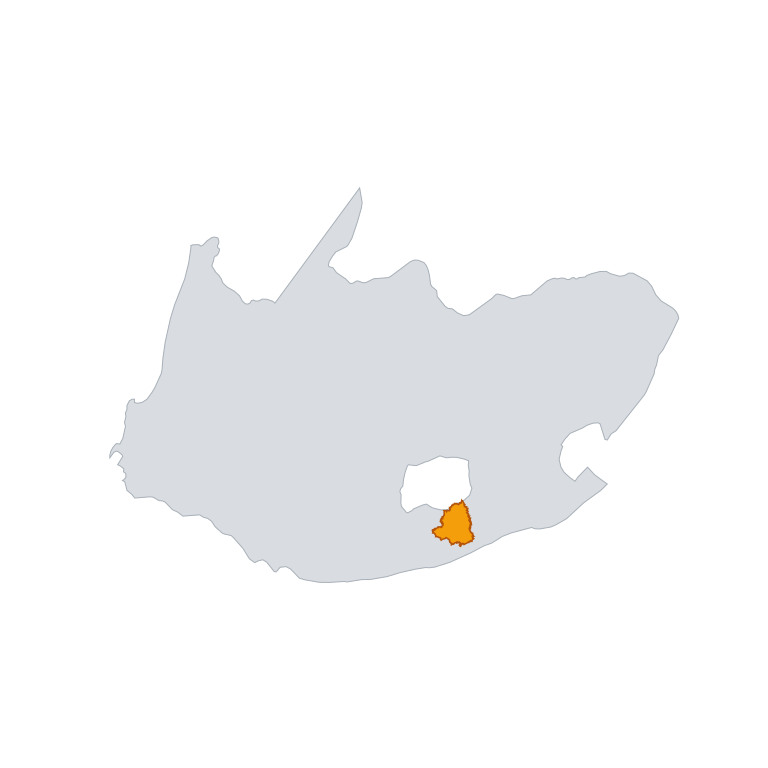 Sisonke, KwaZulu-Natal, South Africa shown in context, rotated 38°
{"feature_id": "47623444B12889843225205", "entity_name": "Sisonke", "entity_type": "district", "adm_level": 2, "iso_a3": "ZAF", "parent_name": "South Africa", "parent_adm1": "KwaZulu-Natal", "projection": "equal_earth", "projection_center": [29.721, -30.084], "detail": "fine", "context": "in_parent", "style": "filled", "palette": "amber", "viewbox_px": 768, "rotation_deg": 38, "n_neighbors": 0, "source": "geoboundaries", "source_scale": "gbopen_adm2", "svg_char_len": 9173}
<svg xmlns="http://www.w3.org/2000/svg" viewBox="0 0 768 768"><g transform="rotate(38 384 384)"><path d="M512.0,143.4L527.8,140.7L534.8,142.2L543.3,146.4L551.3,147.9L564.8,146.4L569.4,147.1L573.1,148.6L575.8,150.8L579.6,167.6L582.8,185.5L582.7,191.3L583.2,193.5L587.0,201.1L588.4,205.9L590.6,209.7L595.4,228.7L595.9,232.1L595.6,278.0L593.7,283.5L594.4,290.7L592.2,291.6L578.9,282.4L576.6,282.8L572.8,286.2L569.3,291.6L567.7,296.1L561.0,308.4L560.5,316.2L561.0,322.9L563.3,323.2L564.8,328.0L568.4,335.6L574.5,340.5L580.2,342.7L588.1,343.3L594.4,343.1L594.1,338.0L595.6,324.2L606.0,325.9L621.5,325.4L620.3,334.4L614.5,354.8L610.8,377.7L606.1,389.2L603.5,394.0L595.9,402.4L592.0,405.2L588.7,406.1L575.9,423.1L571.1,431.2L566.8,443.1L562.6,449.6L556.4,463.5L545.7,483.9L536.6,497.2L532.6,501.1L529.9,502.9L522.7,510.6L512.6,523.0L504.9,534.0L493.5,546.5L486.8,551.9L476.9,562.6L474.1,564.2L463.0,574.1L455.0,580.2L442.0,587.1L436.8,589.1L424.4,587.3L419.2,588.2L415.0,592.4L414.7,598.5L412.9,599.4L401.5,596.6L396.8,597.1L394.1,600.3L392.0,604.4L385.5,604.6L373.8,600.3L360.1,597.8L356.9,597.5L350.4,600.6L348.1,601.1L338.5,600.4L333.1,598.4L327.9,598.4L324.1,600.1L319.3,600.6L306.9,611.9L300.2,612.0L294.6,613.3L284.4,611.8L281.4,612.5L278.5,614.4L271.7,615.3L269.0,617.0L257.8,627.3L253.0,626.2L247.0,626.1L239.9,620.6L237.3,621.0L238.0,619.3L238.1,616.4L235.5,613.4L232.8,613.6L231.3,611.1L227.2,610.9L223.8,611.6L222.8,602.1L221.2,601.1L217.0,600.9L215.0,601.3L214.1,602.1L213.2,604.3L213.4,611.0L211.9,609.1L210.1,605.1L209.4,600.8L209.7,595.8L212.8,593.9L211.6,587.5L206.3,576.4L203.2,574.1L200.6,568.4L198.2,566.3L197.1,562.3L194.7,559.2L193.7,554.1L194.8,551.2L196.7,549.6L198.8,552.2L201.3,551.2L204.7,547.5L206.6,542.0L206.3,533.1L205.6,527.6L202.1,513.2L200.6,509.9L193.8,499.6L185.8,485.7L175.4,463.9L170.3,450.7L162.3,424.0L155.6,408.9L147.5,394.7L146.5,393.8L147.6,392.1L151.5,388.8L153.3,387.9L154.3,388.4L155.2,387.5L156.0,385.2L156.4,380.2L158.1,374.9L159.7,372.7L163.2,371.2L166.0,373.2L167.2,375.1L167.7,377.7L169.0,378.9L170.9,378.8L172.3,380.4L173.2,383.6L173.1,386.0L172.1,387.4L172.3,389.3L173.8,391.7L175.5,396.9L182.9,399.6L187.0,400.0L190.9,401.3L194.7,403.6L200.7,404.2L209.0,403.0L215.9,403.5L221.3,405.8L225.3,406.2L227.6,404.8L228.6,402.7L228.2,400.0L229.3,398.3L232.0,397.6L234.2,395.5L235.7,392.2L239.4,389.4L245.3,387.3L248.3,387.4L244.1,244.5L255.0,254.4L257.7,259.0L263.2,272.5L269.0,289.0L270.1,297.0L269.9,298.8L264.7,309.6L264.7,315.0L265.5,321.2L266.8,324.4L268.4,325.4L272.2,323.8L278.1,325.5L289.2,324.8L294.8,325.6L296.2,325.1L297.4,323.8L298.8,320.0L300.1,318.8L305.2,317.1L307.5,314.9L311.0,307.5L321.9,297.5L323.0,295.1L329.5,271.2L331.6,267.7L334.6,265.5L340.7,263.7L344.3,264.6L348.2,266.7L352.7,270.2L359.3,276.7L361.5,277.7L368.0,278.0L372.1,282.3L384.4,285.2L387.9,285.0L391.6,282.7L397.9,282.8L404.6,281.2L408.6,277.0L416.2,250.7L417.0,244.9L417.9,243.3L424.2,240.3L432.0,238.1L433.6,236.9L438.4,229.5L444.8,223.4L449.1,202.3L451.9,197.3L453.7,195.2L454.9,195.2L456.5,193.8L458.6,191.2L461.1,189.6L464.0,189.0L465.9,187.3L466.8,184.5L468.3,183.1L470.4,183.2L471.6,182.3L471.9,180.4L476.7,175.8L476.8,174.0L479.5,169.5L484.9,162.4L489.9,158.4L494.7,157.6L503.4,154.0L506.6,150.6L508.6,145.9L512.0,143.4ZM498.3,451.8L506.0,448.4L511.6,443.8L512.9,435.4L517.2,430.3L518.8,425.5L520.0,418.9L517.4,412.0L513.8,410.0L507.4,404.0L504.5,399.9L500.7,396.5L497.9,392.4L493.4,393.8L486.5,397.0L482.3,400.1L478.7,403.7L472.3,406.2L466.4,417.6L464.4,420.2L459.7,428.5L453.0,432.6L452.8,434.0L455.1,440.8L458.3,447.5L461.7,452.9L461.6,456.3L462.7,459.0L465.7,460.8L470.7,467.6L473.2,469.8L480.8,471.4L481.9,471.0L483.9,466.9L484.2,464.1L489.2,455.2L491.4,452.5L498.3,451.8Z" fill="#d9dde1" stroke="#a8b0b8" stroke-width="1"/><path d="M525.2,471.9L525.6,470.4L527.2,468.3L527.4,467.9L527.3,467.0L527.5,466.9L528.0,466.7L528.7,466.7L529.0,466.8L529.2,466.6L529.6,466.5L530.0,466.7L530.7,466.4L531.2,466.4L531.4,466.7L531.6,466.7L532.1,467.3L532.3,467.2L532.7,467.6L533.3,467.7L533.4,468.2L533.8,468.1L534.4,468.3L535.2,467.9L536.0,469.2L536.1,469.3L536.2,469.1L536.1,468.5L536.4,468.2L536.5,467.9L536.8,468.0L537.3,467.6L537.3,467.4L537.1,467.1L537.5,466.8L537.4,466.5L537.5,466.4L537.5,465.7L537.7,465.3L538.1,464.9L539.1,464.7L539.0,464.2L538.6,463.7L538.7,463.4L538.8,463.3L539.0,463.4L539.0,463.6L539.2,463.9L539.6,464.0L539.7,463.8L539.8,463.3L540.3,462.8L540.5,462.8L540.7,463.1L540.8,463.1L540.9,462.6L540.7,462.2L542.4,462.3L542.4,462.5L542.6,462.6L542.6,463.0L542.8,463.6L542.6,463.5L542.7,463.9L542.4,464.0L542.5,464.4L542.9,464.3L542.8,464.6L543.0,464.6L543.3,464.8L543.8,464.9L543.8,465.0L543.8,464.9L544.0,465.0L544.3,464.8L544.2,464.4L544.0,464.2L543.9,464.3L544.0,464.0L543.9,463.9L544.0,463.8L543.8,463.5L543.9,463.3L543.8,463.1L543.8,462.7L544.0,462.6L544.2,462.4L544.2,462.0L544.0,461.7L543.9,461.8L543.8,461.6L544.5,461.0L544.8,460.7L545.6,461.2L545.9,461.3L546.2,460.3L546.3,460.3L547.2,458.4L547.9,456.4L548.4,456.5L548.3,455.4L548.6,454.6L548.8,454.8L548.9,454.7L549.0,455.0L549.4,454.5L549.3,454.1L549.8,454.0L549.8,453.8L550.1,453.7L549.7,453.2L549.4,452.3L550.2,450.1L550.0,450.4L549.8,450.4L549.7,449.9L549.6,450.6L549.1,450.4L548.8,450.8L548.5,450.5L548.2,450.4L548.2,450.2L548.4,450.1L548.4,449.9L548.1,449.6L547.7,449.6L548.0,449.2L547.7,449.3L547.6,449.1L547.7,448.7L547.6,448.3L547.4,448.3L547.5,448.7L547.2,448.7L547.0,448.2L546.9,448.1L546.7,448.2L546.7,448.5L546.5,448.3L546.4,448.0L546.4,447.6L546.1,447.4L545.7,447.6L545.6,447.1L545.3,447.2L545.4,447.5L545.0,447.3L544.7,447.4L544.4,447.2L544.2,447.4L543.8,447.3L543.6,447.5L543.1,447.4L542.9,447.0L542.2,446.8L542.1,446.4L541.8,446.2L541.3,446.1L541.1,446.2L540.6,446.0L540.4,445.8L540.7,445.6L540.7,445.4L540.6,445.2L540.9,444.9L540.5,444.8L540.5,444.6L540.2,444.9L539.9,444.7L540.1,444.4L539.9,444.0L540.0,443.8L540.3,443.7L540.0,443.2L539.7,443.4L539.5,443.2L539.4,442.9L539.2,443.0L539.2,442.7L539.4,442.5L539.3,442.0L539.4,441.7L539.2,441.8L538.5,441.8L538.5,441.0L538.9,440.6L538.8,440.4L537.8,439.4L537.7,439.7L537.3,439.5L537.2,439.9L537.0,439.7L537.0,439.8L536.8,439.9L536.6,439.8L536.5,439.6L536.4,439.6L536.1,439.1L536.3,438.6L536.2,438.5L535.8,439.3L535.4,439.4L535.1,439.2L534.8,439.1L534.7,438.9L534.7,438.7L534.9,438.5L534.9,438.2L535.1,438.3L535.1,438.1L535.0,437.9L534.7,437.6L535.0,437.4L534.9,436.9L534.4,437.4L534.2,436.7L534.0,436.8L534.0,437.1L533.8,437.1L533.8,436.9L533.6,436.7L533.4,436.8L532.8,436.8L532.9,436.4L532.8,436.1L532.4,435.8L532.5,435.5L532.0,435.7L531.7,435.6L531.4,436.0L531.3,435.5L530.9,435.2L531.1,434.9L531.1,434.7L530.8,434.6L530.7,434.4L529.7,434.5L528.5,434.5L528.9,433.6L528.9,432.9L527.0,432.8L527.4,431.9L527.0,431.8L527.0,432.0L526.9,432.0L526.9,431.8L526.7,432.0L526.7,431.5L526.1,430.9L526.2,430.6L525.3,430.9L525.2,430.6L524.9,430.6L524.7,430.1L524.4,430.5L524.1,430.2L523.6,430.3L523.9,430.5L523.7,430.6L522.9,431.1L522.4,430.7L522.5,430.5L521.7,430.0L521.8,429.4L521.3,429.6L521.1,429.1L520.9,429.1L520.4,428.9L520.2,428.7L519.8,428.7L519.4,428.4L519.2,428.4L517.7,427.6L517.4,427.7L517.6,428.1L517.5,428.4L517.4,428.5L517.2,428.4L517.7,429.2L517.7,429.5L517.5,429.8L517.8,430.0L518.1,430.4L517.8,430.9L517.0,431.0L517.2,431.9L517.2,432.2L516.9,432.4L517.0,432.6L516.9,433.2L516.7,433.3L516.4,433.1L515.7,433.2L515.4,433.4L515.0,433.4L514.8,433.9L514.5,433.9L514.3,434.3L514.0,434.2L513.8,434.5L513.4,434.5L513.5,435.0L513.3,435.5L513.1,435.7L512.9,436.0L513.1,436.7L513.0,437.0L512.7,436.9L512.8,437.3L512.8,437.7L512.6,437.7L512.6,437.9L512.3,438.0L512.5,438.2L512.3,439.5L512.6,439.8L512.5,440.0L512.5,440.4L512.2,440.5L512.0,440.8L511.7,441.0L512.0,441.3L512.7,441.5L513.0,441.8L512.9,442.2L513.1,442.4L513.5,442.4L513.5,442.8L513.3,443.3L513.6,443.5L513.2,444.0L512.4,444.2L512.1,444.5L511.9,444.5L511.7,445.2L511.8,445.6L511.2,445.1L510.7,445.8L510.3,446.2L509.8,446.4L509.7,446.8L509.4,446.8L509.2,447.0L510.1,447.4L510.7,448.6L511.4,449.1L511.9,449.9L512.0,450.6L512.3,450.7L512.2,450.9L512.1,451.1L512.1,451.3L512.2,451.6L512.1,452.0L512.1,452.3L512.3,452.4L512.3,452.7L512.0,452.8L512.3,453.0L512.1,453.1L512.1,453.3L511.9,453.5L512.1,454.2L512.3,454.2L512.0,454.4L512.0,454.9L512.3,454.9L512.6,455.1L512.4,455.2L512.3,455.4L512.5,455.5L512.4,456.0L512.5,456.0L512.5,456.4L512.7,456.9L513.2,456.7L513.2,457.0L513.3,457.0L513.3,456.9L513.5,457.0L513.3,457.1L513.4,457.4L513.5,457.3L513.3,457.5L513.8,457.6L514.2,457.9L515.3,458.2L515.5,458.6L516.1,458.5L515.5,457.2L516.3,457.5L517.5,459.1L517.4,459.7L517.2,460.1L517.4,460.4L517.6,461.4L516.8,461.3L516.9,462.0L515.7,462.4L515.4,462.6L515.3,463.2L515.1,463.0L514.5,463.5L514.5,464.5L513.9,466.6L513.1,466.4L512.9,467.3L513.0,467.2L513.1,467.5L513.2,467.8L513.2,468.1L513.4,468.0L513.5,467.8L513.4,467.8L513.4,467.7L513.5,467.6L513.6,467.4L513.8,468.0L513.5,468.3L513.2,468.3L512.1,469.0L512.4,469.3L513.0,469.6L512.7,470.0L513.7,470.3L513.8,470.7L514.2,470.5L513.9,470.9L514.1,471.4L514.5,471.1L514.4,470.7L514.7,470.6L516.3,470.6L516.8,471.2L517.5,471.3L518.1,471.5L518.7,472.5L519.5,471.7L519.9,471.7L520.3,471.3L521.5,471.3L522.3,470.7L523.5,470.5L523.8,471.4L525.2,471.9Z" fill="#f59e0b" stroke="#b45309" stroke-width="1.5"/></g></svg>